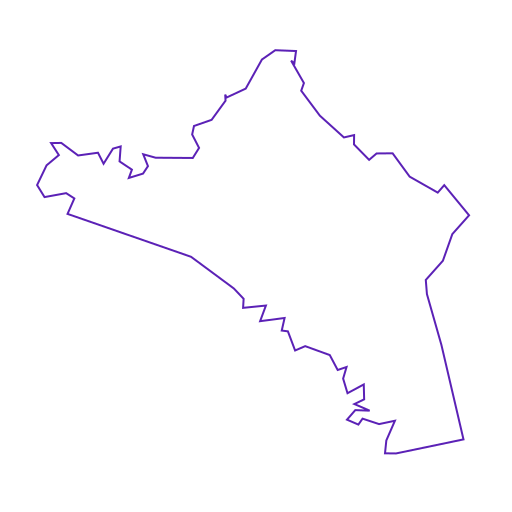 Nelson, Kentucky, United States of America, rotated 87°
{"feature_id": "52423323B13152502054342", "entity_name": "Nelson", "entity_type": "district", "adm_level": 2, "iso_a3": "USA", "parent_name": "United States of America", "parent_adm1": "Kentucky", "projection": "equal_earth", "projection_center": [-85.473, 37.757], "detail": "fine", "context": "isolated", "style": "outline", "palette": "violet", "viewbox_px": 512, "rotation_deg": 87, "n_neighbors": 0, "source": "geoboundaries", "source_scale": "gbopen_adm2", "svg_char_len": 1152}
<svg xmlns="http://www.w3.org/2000/svg" viewBox="0 0 512 512"><g transform="rotate(87 256 256)"><path d="M460.5,126.5L450.0,58.4L354.5,75.5L303.0,87.3L288.8,87.7L270.5,69.6L244.4,58.8L226.5,41.1L195.1,64.3L202.2,71.2L184.8,98.4L160.6,114.2L159.9,130.2L165.9,138.0L149.7,152.3L140.4,151.7L142.2,162.0L119.2,184.9L93.3,202.2L85.8,199.1L62.8,210.7L65.5,207.6L53.4,205.3L51.5,226.0L60.1,239.8L88.3,257.5L96.2,277.1L93.2,278.3L99.3,278.3L117.7,293.2L122.9,311.1L131.3,313.4L145.1,307.2L154.8,314.0L152.6,351.1L148.5,363.3L160.6,359.2L167.8,364.5L171.4,378.9L163.3,375.4L154.4,387.3L139.5,385.4L141.3,393.2L155.9,403.4L144.6,408.4L146.3,428.4L132.9,444.5L132.5,454.7L144.9,447.6L154.5,460.4L173.7,470.9L186.1,464.1L183.3,442.3L189.0,434.4L204.1,442.0L253.4,320.9L287.3,279.8L298.1,270.6L307.1,271.6L306.0,248.7L321.3,255.3L319.4,230.7L331.8,234.2L332.9,228.1L352.4,221.9L348.6,211.6L358.8,187.5L374.1,180.4L371.6,171.4L383.0,175.4L397.8,171.8L389.9,155.1L404.8,155.5L409.0,165.5L416.4,150.6L415.1,164.9L424.2,173.7L429.7,162.6L424.0,158.1L430.3,141.9L427.8,125.9L447.0,135.5L459.8,137.5L460.5,126.5Z" fill="none" stroke="#5b21b6" stroke-width="2"/></g></svg>